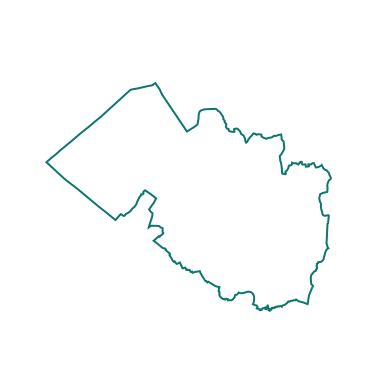 the district of Mueang Chachoengsao, Chachoengsao, Thailand, rotated 19°
{"feature_id": "78962969B6762325431778", "entity_name": "Mueang Chachoengsao", "entity_type": "district", "adm_level": 2, "iso_a3": "THA", "parent_name": "Thailand", "parent_adm1": "Chachoengsao", "projection": "orthographic", "projection_center": [101.042, 13.718], "detail": "fine", "context": "isolated", "style": "outline", "palette": "teal", "viewbox_px": 384, "rotation_deg": 19, "n_neighbors": 0, "source": "geoboundaries", "source_scale": "gbopen_adm2", "svg_char_len": 6126}
<svg xmlns="http://www.w3.org/2000/svg" viewBox="0 0 384 384"><g transform="rotate(19 192 192)"><path d="M337.8,260.4L337.6,258.6L336.8,254.8L336.3,251.6L336.7,244.0L337.1,241.4L335.1,240.5L334.4,239.6L332.2,234.5L331.8,231.9L331.9,231.3L332.6,229.8L332.8,228.9L332.9,228.7L333.2,227.7L334.8,226.0L334.5,225.2L335.0,223.5L334.9,222.5L334.1,221.8L333.8,221.3L333.9,220.2L333.4,219.2L334.3,218.3L334.2,217.2L335.5,216.8L336.9,215.8L337.7,214.7L338.1,213.7L338.2,212.2L337.7,206.0L337.9,203.3L338.3,201.9L339.3,200.8L337.6,199.4L337.1,198.1L336.1,197.0L335.8,196.5L334.8,192.8L330.6,178.4L330.5,177.8L330.8,177.3L330.8,177.1L329.0,169.7L328.7,169.6L328.4,169.6L325.3,171.3L324.1,171.3L323.0,170.8L322.6,170.4L321.6,168.7L320.1,166.6L318.9,164.6L317.8,161.2L316.6,160.0L315.6,158.7L314.4,156.6L314.0,153.6L313.9,152.6L314.1,152.1L315.4,151.0L316.2,150.0L317.0,149.7L317.9,149.1L319.7,148.1L319.9,147.8L318.7,143.6L317.8,142.0L317.5,140.2L317.5,138.1L317.7,136.5L318.9,134.5L318.8,133.7L318.3,132.9L316.5,131.2L315.4,129.6L312.5,127.7L311.7,127.7L311.0,127.8L309.3,127.1L309.0,127.2L305.9,124.3L305.8,124.6L305.2,125.4L303.4,127.3L301.1,128.5L297.8,125.0L297.6,125.2L296.8,125.4L296.2,126.0L295.5,127.3L293.0,127.9L293.0,128.3L294.1,129.3L294.2,129.6L293.0,130.4L292.3,130.6L291.5,131.0L291.3,130.9L290.4,129.0L290.0,129.0L287.9,130.0L287.3,129.9L286.7,129.7L286.2,129.2L286.1,128.9L286.3,128.2L286.1,127.9L285.5,127.8L285.0,128.1L284.4,128.8L283.9,130.1L283.7,131.3L282.4,131.4L281.8,130.9L281.4,130.8L280.8,130.9L279.8,131.5L278.3,131.9L278.1,131.9L277.6,131.6L277.1,131.6L277.4,133.1L277.3,133.9L276.5,134.8L275.4,135.3L275.0,135.6L275.2,137.4L275.2,138.5L274.6,141.2L273.9,142.0L273.8,142.4L274.0,143.0L274.7,143.9L274.6,144.7L274.3,144.9L272.8,144.8L271.5,145.3L270.7,144.2L269.9,141.9L267.6,137.1L266.4,135.1L265.1,133.5L264.9,132.6L264.0,131.2L263.4,129.7L263.3,129.2L264.1,127.5L265.1,122.6L265.1,120.7L264.9,120.3L262.4,114.8L261.2,113.8L260.1,113.5L259.8,113.2L259.3,112.5L258.9,111.1L257.6,108.6L254.7,110.2L253.8,111.2L252.6,111.8L251.4,112.1L251.0,112.5L249.9,114.2L246.2,116.3L245.0,117.5L242.1,117.4L240.1,117.1L239.6,116.7L239.1,115.3L238.7,115.1L235.6,115.9L235.1,116.1L234.4,116.9L234.1,116.9L233.1,116.4L232.3,116.6L231.0,116.5L230.8,116.8L230.1,119.3L229.3,120.8L228.5,123.0L228.2,124.2L227.9,126.3L227.1,127.7L225.7,126.3L225.0,124.5L222.7,122.1L221.9,121.6L219.8,121.3L218.2,119.6L217.2,118.7L214.8,117.5L214.1,117.4L213.2,117.6L211.3,118.8L211.4,119.4L212.4,120.6L212.5,121.2L212.2,121.5L209.9,122.1L208.1,122.3L206.9,122.1L206.0,120.5L204.5,120.7L202.9,119.4L202.6,118.7L202.6,117.4L202.4,116.8L201.8,116.2L200.7,115.8L200.2,115.5L199.8,114.0L198.1,113.1L197.8,112.7L197.6,111.8L196.9,110.8L193.8,108.4L191.9,107.1L191.3,107.0L190.3,106.9L189.1,106.2L187.5,105.6L177.0,109.7L173.7,112.2L173.5,112.5L173.0,114.2L173.2,116.8L174.4,121.1L175.2,126.4L173.2,129.4L167.6,136.5L132.0,109.6L127.9,105.4L121.9,100.9L120.6,102.6L120.0,103.7L119.4,104.2L115.7,106.3L107.0,111.7L101.4,114.8L100.5,115.5L80.8,151.5L77.8,156.2L74.0,162.7L67.5,172.9L60.3,185.1L58.5,187.8L58.0,188.8L57.4,189.6L57.2,190.2L54.0,195.2L51.1,200.6L48.1,205.2L44.7,211.2L67.4,221.2L83.9,226.8L108.4,236.1L119.9,240.1L122.7,241.2L128.8,243.4L131.7,236.2L132.1,236.1L134.8,236.9L135.5,236.8L136.0,236.1L136.8,234.2L138.7,232.1L139.9,230.4L141.0,227.1L142.5,224.8L142.9,223.0L143.4,221.8L143.3,219.2L144.1,213.6L144.8,211.8L144.8,210.6L146.1,210.4L146.6,209.6L146.6,209.0L146.0,208.2L146.0,207.6L146.4,206.6L147.1,205.7L152.8,207.2L160.1,209.6L159.4,214.9L158.5,217.4L157.1,222.4L157.5,222.6L159.1,224.0L161.5,224.9L161.8,225.4L162.4,228.8L162.3,230.0L162.5,231.1L162.4,232.7L162.6,236.6L162.5,238.1L162.7,239.6L163.9,237.8L164.7,237.1L169.2,235.6L170.3,235.4L172.1,234.9L173.9,235.7L176.0,235.8L177.1,239.2L177.5,239.7L178.0,239.9L178.3,240.6L175.7,245.0L175.1,244.6L171.6,250.6L175.6,251.9L182.0,254.3L183.4,254.5L184.6,254.2L186.1,254.8L186.0,255.5L189.0,256.7L190.9,257.3L190.8,257.7L191.6,258.3L191.3,259.1L194.8,261.8L195.7,262.9L197.4,263.9L197.7,263.8L198.1,263.2L198.5,263.4L198.4,263.7L198.8,263.9L200.8,264.9L201.2,264.9L203.5,262.6L207.9,267.3L210.3,265.7L212.0,267.5L212.9,266.8L213.6,267.2L214.0,266.9L214.5,266.9L215.1,266.4L216.7,268.0L217.9,267.2L218.8,268.2L220.9,266.6L225.2,264.3L226.7,266.2L227.1,266.3L228.9,268.2L232.2,270.6L232.9,271.4L234.1,271.8L234.5,271.6L235.9,272.5L236.5,271.5L244.6,273.3L246.1,273.3L248.9,273.0L249.1,275.2L249.6,277.4L250.3,277.4L251.2,279.2L251.1,279.9L251.3,280.3L252.5,281.6L253.3,282.1L253.9,282.2L254.4,282.7L254.9,282.7L255.8,283.1L256.7,283.1L257.1,282.7L257.4,282.9L258.4,283.0L258.6,282.4L259.0,281.7L260.1,281.8L260.8,281.6L261.2,282.6L261.6,282.3L262.0,282.4L262.6,282.1L264.0,281.8L264.6,281.4L265.2,280.9L265.7,279.8L265.7,279.5L266.0,279.2L266.6,277.7L266.3,276.7L266.3,275.5L267.2,275.0L268.2,273.9L269.0,271.8L270.3,272.0L271.8,271.6L273.5,270.7L277.1,268.2L278.0,267.8L279.4,267.5L280.5,267.6L281.9,268.1L282.8,268.6L284.1,269.8L285.0,271.2L286.0,274.2L286.3,276.4L286.2,278.3L287.7,278.5L290.2,278.3L291.1,278.9L291.3,279.3L291.4,280.2L291.0,280.7L291.1,281.0L291.9,281.0L292.5,280.7L292.9,280.7L293.6,280.9L293.8,281.3L294.7,281.6L295.0,280.9L295.8,281.1L296.3,280.7L296.2,280.0L296.5,279.7L296.6,279.1L297.2,278.7L297.9,278.6L298.1,277.9L299.0,277.5L299.3,277.7L299.5,278.1L299.5,278.7L300.0,278.8L300.3,278.7L300.5,278.3L299.7,276.7L299.9,276.3L300.5,276.0L300.4,275.0L300.6,274.7L301.1,275.1L301.4,276.1L301.8,276.5L301.8,277.0L302.9,277.4L303.0,277.9L302.7,278.4L302.8,278.7L303.5,278.6L303.8,279.0L304.2,279.0L304.4,278.0L305.1,277.6L305.4,277.1L305.4,276.8L304.8,276.3L305.3,275.5L305.8,275.2L306.7,275.3L307.4,275.0L307.6,274.7L307.6,274.0L307.7,273.9L308.7,273.9L308.9,273.7L309.0,273.0L309.9,272.9L310.3,272.3L310.7,272.2L311.0,271.9L311.9,271.8L312.6,271.0L312.9,271.0L313.7,271.2L314.3,271.2L314.2,270.5L314.3,270.2L316.6,268.3L318.3,265.6L318.5,264.4L318.8,264.0L319.2,263.9L319.8,264.0L320.6,263.0L321.1,262.6L322.5,262.1L323.3,261.2L324.8,260.9L325.1,260.6L325.4,259.8L328.3,260.6L333.3,260.2L337.8,260.4Z" fill="none" stroke="#0f766e" stroke-width="2"/></g></svg>